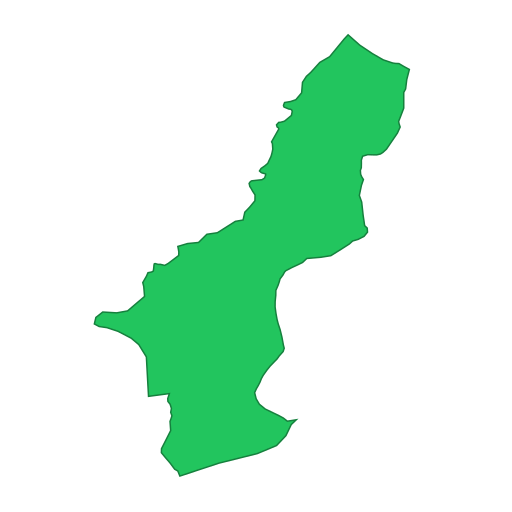 outline of Carnot, Mambéré-Kadéï, Central African Republic, rotated 266°
{"feature_id": "33826404B21992681295318", "entity_name": "Carnot", "entity_type": "district", "adm_level": 2, "iso_a3": "CAF", "parent_name": "Central African Republic", "parent_adm1": "Mambéré-Kadéï", "projection": "natural_earth1", "projection_center": [16.19, 4.73], "detail": "fine", "context": "isolated", "style": "filled", "palette": "green", "viewbox_px": 512, "rotation_deg": 266, "n_neighbors": 0, "source": "geoboundaries", "source_scale": "gbopen_adm2", "svg_char_len": 2652}
<svg xmlns="http://www.w3.org/2000/svg" viewBox="0 0 512 512"><g transform="rotate(266 256 256)"><path d="M431.4,422.0L434.7,416.8L438.0,412.0L438.4,408.4L439.0,405.8L442.8,396.6L449.8,386.2L459.1,374.2L470.2,363.3L466.5,359.3L449.7,343.4L444.7,333.2L435.3,323.4L431.7,318.8L426.0,314.5L415.6,312.9L409.1,306.6L407.7,301.3L407.2,296.1L407.1,295.2L404.8,294.1L404.1,293.9L402.7,294.3L402.4,294.8L401.4,296.8L400.3,299.0L400.0,300.7L399.2,301.8L397.7,302.2L396.5,301.9L393.7,301.1L388.5,293.8L387.7,289.9L387.7,288.0L385.4,285.6L384.8,285.7L383.2,286.1L382.4,287.2L381.1,287.6L368.8,279.5L367.0,280.2L361.5,280.2L359.2,279.6L357.2,279.0L354.2,277.9L350.0,275.5L347.6,274.2L345.3,271.1L343.0,267.2L340.6,265.4L339.3,266.6L338.5,267.7L337.2,271.3L336.2,271.3L333.2,270.0L331.7,267.3L331.3,257.0L330.6,255.6L328.9,254.2L325.7,254.7L324.2,255.6L321.0,257.1L317.0,259.3L311.2,258.8L305.1,253.0L300.5,247.9L292.8,245.6L292.0,237.8L281.9,219.1L281.1,208.5L273.5,199.6L273.2,188.6L271.0,178.7L268.5,179.0L265.4,179.3L261.9,178.9L254.7,167.9L253.0,164.3L254.3,160.2L254.5,157.7L255.5,154.8L255.3,154.0L254.1,153.6L251.5,153.2L248.1,152.5L247.3,150.7L246.9,147.1L243.5,145.3L237.4,141.2L233.3,141.9L223.4,142.0L217.9,134.5L210.2,124.1L209.0,113.1L210.8,99.2L209.0,96.6L205.9,92.0L199.5,90.0L196.6,94.6L194.9,102.4L190.5,113.1L182.7,125.8L175.8,132.9L163.0,139.6L123.5,139.0L124.8,160.0L119.9,158.0L117.0,158.0L114.1,160.0L109.8,161.0L106.0,160.0L102.5,161.0L99.9,160.0L97.0,158.7L95.3,158.7L87.8,158.7L86.1,157.7L78.2,153.0L70.4,148.3L66.4,147.9L61.2,151.6L55.7,155.7L49.0,160.0L47.0,163.0L41.8,164.7L51.9,204.3L58.8,243.5L65.5,263.3L74.7,273.3L85.4,279.4L89.8,284.7L89.0,275.8L92.5,271.9L95.1,267.8L102.7,254.5L107.9,249.0L113.5,246.2L119.8,245.1L123.7,247.2L126.6,249.2L130.1,251.3L133.3,252.8L136.4,254.8L141.3,258.8L145.1,262.3L148.7,266.3L151.8,269.8L154.6,272.1L158.8,276.4L162.0,277.7L165.3,277.1L173.3,276.2L180.9,274.9L186.8,273.4L191.1,272.6L197.4,271.9L203.9,271.5L209.0,271.9L215.5,273.0L220.3,273.4L225.3,276.0L228.9,277.5L231.5,278.4L235.2,281.6L237.9,283.3L239.2,284.6L242.0,291.0L244.2,296.8L246.3,302.0L250.0,306.5L250.2,320.4L251.1,330.7L256.8,341.4L261.5,350.0L264.2,353.4L265.5,359.2L268.1,365.2L272.0,368.9L276.1,368.9L278.7,366.5L289.4,365.7L302.4,365.2L309.2,363.3L319.1,366.1L324.8,368.5L327.6,367.0L330.2,366.1L334.1,366.1L336.7,367.2L340.9,367.6L344.3,367.8L348.1,369.3L349.3,374.5L348.7,380.5L348.5,383.7L349.1,387.3L350.4,389.7L353.5,393.6L368.7,405.6L374.6,408.8L378.2,407.9L380.4,407.7L385.0,409.9L389.5,412.0L393.2,413.7L408.9,414.8L412.2,416.9L421.5,418.7L431.4,422.0Z" fill="#22c55e" stroke="#15803d" stroke-width="1.5"/></g></svg>